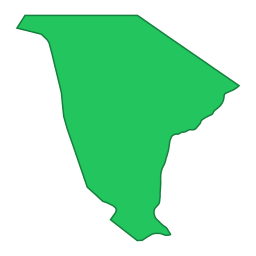 the district of Majzar, Ma'rib, Yemen
{"feature_id": "15242507B39058401263822", "entity_name": "Majzar", "entity_type": "district", "adm_level": 2, "iso_a3": "YEM", "parent_name": "Yemen", "parent_adm1": "Ma'rib", "projection": "orthographic", "projection_center": [44.889, 15.793], "detail": "fine", "context": "isolated", "style": "filled", "palette": "green", "viewbox_px": 256, "rotation_deg": 0, "n_neighbors": 0, "source": "geoboundaries", "source_scale": "gbopen_adm2", "svg_char_len": 2931}
<svg xmlns="http://www.w3.org/2000/svg" viewBox="0 0 256 256"><path d="M141.4,18.1L137.4,15.4L84.3,15.4L82.4,15.4L81.2,15.4L79.6,15.4L79.0,15.4L31.3,15.4L27.8,15.4L25.0,15.4L24.4,16.4L23.0,18.6L22.6,19.2L16.9,28.1L24.2,29.9L41.3,34.2L43.0,35.8L47.1,39.7L49.0,42.7L50.5,48.1L52.0,53.7L55.3,67.6L55.5,68.2L61.4,92.7L62.8,107.5L63.8,116.7L67.3,129.0L70.3,137.7L72.9,145.1L87.3,187.2L95.9,194.9L102.8,201.3L107.6,203.0L113.4,205.9L115.5,207.7L116.0,209.0L116.4,209.9L115.6,212.5L110.5,219.7L137.3,240.6L138.5,240.4L139.7,240.4L141.0,240.4L142.2,240.3L143.2,239.7L144.2,239.0L145.3,238.2L146.3,237.6L147.3,236.9L148.4,236.3L149.4,235.8L150.4,235.1L151.5,234.5L152.8,233.9L154.1,233.6L155.4,233.4L156.8,233.4L158.0,233.4L159.4,233.4L160.5,233.5L161.7,233.9L162.8,234.3L163.9,234.7L165.1,235.1L166.5,235.3L168.0,235.2L169.1,235.0L170.5,234.6L170.3,233.8L169.7,232.9L168.9,231.8L168.4,230.9L167.7,229.7L167.1,228.6L166.3,227.8L165.5,227.0L164.6,226.4L163.6,225.8L162.8,225.1L161.9,224.4L161.0,223.6L160.2,222.8L159.5,222.0L158.6,221.1L157.7,220.3L156.5,219.1L155.5,217.9L154.8,216.4L154.3,214.9L154.0,213.2L154.0,211.6L154.3,209.9L154.7,208.7L155.6,207.5L156.4,206.6L156.9,206.1L157.7,205.3L158.4,204.4L159.1,203.3L159.4,202.5L159.5,201.8L159.7,200.5L159.8,199.2L159.9,198.1L160.1,197.0L160.1,195.7L160.1,194.1L160.1,192.9L160.2,191.6L160.3,190.4L160.4,189.1L160.5,187.8L160.5,186.6L160.6,185.2L160.7,184.0L160.7,182.9L160.7,181.6L160.7,180.4L160.6,179.3L160.6,178.0L160.7,176.7L160.7,175.6L160.8,174.3L161.0,173.2L161.1,172.1L161.5,171.0L161.8,169.7L162.1,168.6L162.6,167.6L163.1,166.5L163.6,165.6L164.1,164.6L164.6,163.5L165.0,162.4L165.2,161.9L165.4,161.2L165.7,160.1L165.9,158.9L166.2,157.7L166.7,156.6L167.0,155.4L167.3,154.3L167.7,153.1L168.0,151.9L168.3,150.7L168.6,149.4L168.8,148.2L169.0,147.0L169.2,145.6L169.4,144.3L169.5,143.1L169.7,141.9L170.0,140.6L170.4,139.4L170.8,138.4L171.2,137.3L171.9,136.2L172.8,135.4L173.7,134.8L174.7,134.3L175.9,134.1L177.0,134.1L178.2,134.1L179.2,133.7L180.2,133.1L181.4,132.4L182.4,132.1L183.5,132.1L184.7,131.9L185.8,131.6L186.9,130.9L188.0,130.4L189.0,129.8L190.3,129.7L191.4,129.8L192.7,129.8L193.9,129.6L195.0,129.3L195.9,128.5L196.7,127.6L197.4,126.7L198.2,125.7L199.1,124.7L200.0,123.7L200.6,122.6L200.8,121.5L201.3,120.5L202.2,119.8L203.2,119.0L204.2,118.4L205.1,117.8L206.2,117.2L207.2,116.7L208.2,116.1L209.2,115.7L210.4,115.2L211.5,114.7L212.5,113.9L213.1,112.8L213.6,111.8L214.3,110.9L215.2,110.0L216.3,109.2L217.3,108.4L218.4,107.4L219.4,106.5L220.2,105.7L220.9,104.9L221.6,103.9L222.3,102.8L222.8,101.7L223.3,100.4L223.7,99.1L223.9,97.7L224.1,96.3L224.2,95.2L224.7,94.1L225.5,93.4L226.6,92.9L227.7,92.4L228.9,91.9L230.0,91.3L231.1,90.9L232.3,90.4L233.4,89.8L234.5,89.2L235.5,88.5L236.5,87.9L236.9,87.6L237.4,87.2L237.7,87.0L239.1,85.7L211.8,66.9L208.1,64.3L187.9,50.4L167.9,36.6L157.3,29.2L150.5,24.5L145.2,20.8L141.4,18.1Z" fill="#22c55e" stroke="#15803d" stroke-width="1.5"/></svg>